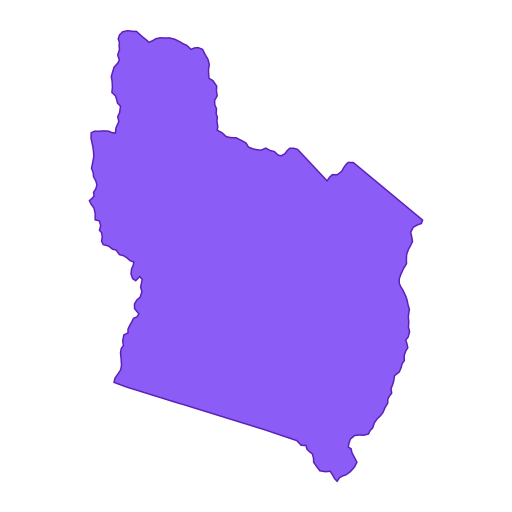 Nova Canaã, Bahia, Brazil (orthographic projection)
{"feature_id": "56859067B27684266688580", "entity_name": "Nova Canaã", "entity_type": "district", "adm_level": 2, "iso_a3": "BRA", "parent_name": "Brazil", "parent_adm1": "Bahia", "projection": "orthographic", "projection_center": [-40.194, -14.851], "detail": "fine", "context": "isolated", "style": "filled", "palette": "violet", "viewbox_px": 512, "rotation_deg": 0, "n_neighbors": 0, "source": "geoboundaries", "source_scale": "gbopen_adm2", "svg_char_len": 3144}
<svg xmlns="http://www.w3.org/2000/svg" viewBox="0 0 512 512"><path d="M296.8,440.6L301.2,445.3L305.9,445.5L307.0,449.2L309.5,451.7L312.4,454.0L313.5,458.2L313.7,462.4L316.7,466.6L319.8,470.8L325.3,471.7L330.2,471.3L332.8,475.3L334.6,478.6L337.1,481.3L339.5,477.7L342.5,476.0L346.0,474.8L350.4,471.6L354.5,467.0L356.9,462.2L354.5,457.5L352.0,452.8L351.1,448.8L348.3,447.0L349.0,443.1L350.4,439.1L354.6,435.5L359.3,435.0L363.9,435.2L368.5,434.0L370.1,430.6L372.7,427.9L374.3,423.0L377.1,418.9L380.4,415.8L383.0,412.4L385.1,407.5L387.7,403.2L387.8,399.2L389.4,396.1L391.7,393.2L391.0,388.9L392.6,384.7L393.7,381.0L394.5,375.7L399.3,371.9L401.1,367.7L402.1,363.8L404.3,360.6L404.2,355.5L405.8,350.9L407.8,347.8L406.9,343.6L405.7,340.0L408.1,337.1L409.6,331.7L408.4,327.0L408.8,322.4L408.3,316.8L408.8,313.0L409.4,309.3L408.1,305.1L407.1,300.2L406.0,296.7L404.4,293.3L402.8,290.0L400.9,287.0L399.2,283.3L399.3,278.7L400.9,274.2L403.4,268.8L406.5,263.7L406.4,258.8L406.7,254.2L408.5,249.3L410.6,245.5L412.5,241.5L411.8,237.1L410.7,232.2L413.3,227.2L417.7,224.8L421.4,223.5L422.6,220.1L353.4,162.6L348.2,162.4L345.8,164.7L343.8,167.6L341.7,171.3L337.3,174.7L332.3,174.7L329.5,177.3L327.1,180.9L297.6,149.4L294.0,148.3L289.7,148.3L287.1,150.7L285.0,153.6L281.2,155.8L278.1,155.1L274.4,151.6L269.9,150.4L265.8,148.1L261.0,150.2L257.5,149.8L253.1,148.9L248.4,147.0L246.1,143.1L243.3,141.4L239.9,139.7L236.2,137.8L230.7,137.6L226.2,136.6L222.0,132.7L217.2,130.2L217.8,126.5L216.9,121.2L217.4,117.1L216.2,114.0L216.5,108.9L214.8,104.7L214.6,100.5L217.2,95.8L216.4,90.6L216.7,86.2L213.0,80.7L209.0,78.3L208.7,74.5L208.5,69.7L209.3,64.5L208.0,59.4L205.0,54.3L202.6,49.4L198.1,47.6L194.6,47.9L191.0,49.4L186.8,45.4L183.1,43.7L179.5,41.6L174.7,39.2L169.4,37.9L165.3,38.0L160.1,37.8L155.9,38.7L152.7,40.6L149.0,42.3L146.6,40.1L142.9,37.2L140.0,34.7L136.5,31.4L132.8,31.3L127.6,30.7L122.6,31.8L119.5,35.0L118.2,38.9L119.4,42.3L119.1,45.8L119.5,49.6L117.7,54.9L119.3,60.2L117.7,63.2L114.1,67.1L112.6,72.0L111.3,76.6L112.1,81.2L112.4,87.1L111.9,92.5L115.4,95.8L116.6,99.3L117.5,103.1L120.5,106.2L119.6,112.6L117.7,116.7L118.8,121.6L116.0,127.8L115.4,133.1L111.7,132.5L108.4,131.1L103.1,130.9L98.4,131.3L94.9,131.1L91.2,132.8L91.0,138.2L91.9,142.3L92.8,146.4L93.5,151.3L93.8,156.4L92.7,162.6L91.5,168.3L93.2,172.7L93.5,176.6L95.8,180.9L96.9,184.8L95.8,188.9L93.5,192.4L94.1,196.0L91.9,198.5L89.4,200.7L91.3,204.5L93.9,207.9L95.2,213.6L95.1,219.8L99.4,220.9L100.7,225.9L99.4,230.2L101.6,232.7L102.2,236.7L101.6,241.3L103.2,244.6L108.5,246.0L112.5,249.2L116.0,250.0L119.4,254.6L123.8,255.8L126.9,257.8L130.1,260.7L133.8,262.0L133.2,265.3L131.6,268.7L131.0,273.8L132.6,278.6L135.7,280.7L139.7,276.6L142.2,279.4L141.4,283.3L140.6,287.1L141.9,291.7L140.1,297.3L137.0,299.8L134.5,303.8L134.5,308.5L136.7,311.3L138.9,313.8L137.1,316.8L133.4,318.4L132.0,321.5L129.8,325.3L128.0,329.1L128.0,332.9L123.8,335.0L122.7,340.9L123.4,345.5L121.3,348.4L120.5,352.6L121.1,358.8L121.5,365.2L120.7,369.8L118.4,373.3L115.0,378.2L114.0,382.4L127.3,387.3L130.9,388.4L174.9,402.1L183.5,404.6L198.6,409.3L265.4,430.0L296.8,440.6Z" fill="#8b5cf6" stroke="#5b21b6" stroke-width="1.5"/></svg>